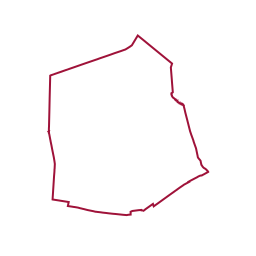 the district of Borger-Odoorn, Drenthe, Netherlands, rotated 286°
{"feature_id": "6326949B13062469247327", "entity_name": "Borger-Odoorn", "entity_type": "district", "adm_level": 2, "iso_a3": "NLD", "parent_name": "Netherlands", "parent_adm1": "Drenthe", "projection": "albers", "projection_center": [6.905, 52.899], "detail": "fine", "context": "isolated", "style": "outline", "palette": "rose", "viewbox_px": 256, "rotation_deg": 286, "n_neighbors": 0, "source": "geoboundaries", "source_scale": "gbopen_adm2", "svg_char_len": 3806}
<svg xmlns="http://www.w3.org/2000/svg" viewBox="0 0 256 256"><g transform="rotate(286 128 128)"><path d="M156.9,38.8L135.7,44.3L122.8,47.7L107.1,51.8L106.5,51.9L103.5,52.7L103.5,52.9L103.4,52.9L102.9,53.0L102.4,53.1L102.2,53.2L101.9,53.3L101.9,53.2L101.8,53.3L101.2,53.4L101.1,53.5L100.9,53.7L100.0,54.2L98.6,54.9L97.0,55.7L96.6,55.9L95.8,56.3L95.0,56.7L94.5,57.0L93.8,57.3L92.1,58.2L91.3,58.6L90.4,59.1L88.6,60.0L87.0,60.8L79.3,64.8L75.5,66.6L73.2,67.6L68.5,68.7L68.2,68.7L65.8,69.3L61.3,70.2L38.5,75.2L38.5,75.4L38.7,76.7L38.7,76.8L40.5,91.4L36.4,91.7L37.0,96.1L37.1,97.2L37.3,98.4L37.6,101.0L37.7,102.1L37.7,104.1L37.8,105.7L37.8,105.9L37.8,106.6L37.9,107.8L37.9,108.4L38.0,111.9L38.5,117.9L38.5,118.0L38.5,118.8L38.6,120.2L38.7,120.4L38.8,121.2L38.9,121.8L39.4,124.8L39.6,126.3L39.7,127.1L40.0,128.8L40.3,130.5L40.5,131.9L40.7,133.2L40.9,134.3L41.4,137.2L41.9,139.7L43.1,146.5L43.2,147.1L43.9,150.7L44.7,152.3L45.5,154.4L48.2,153.6L49.4,155.0L49.5,155.2L52.0,161.0L52.3,161.8L52.9,163.3L52.5,163.6L52.8,164.4L52.7,165.7L53.8,166.6L54.4,166.9L61.9,172.9L59.8,174.3L62.2,176.2L63.3,177.1L74.9,186.2L85.1,194.3L88.1,196.8L88.8,197.3L92.9,201.5L93.1,201.1L94.0,202.0L94.3,202.3L94.7,202.7L98.5,206.7L99.7,208.0L100.5,208.7L100.7,208.9L101.6,209.9L101.8,210.1L102.1,210.6L102.4,211.2L102.5,211.3L102.5,211.5L102.7,212.0L102.9,212.2L103.2,212.4L103.4,212.6L104.1,213.4L104.9,214.2L105.2,214.5L105.8,215.1L106.6,215.9L106.9,216.2L107.6,216.9L107.9,217.2L108.1,217.1L109.0,215.7L109.3,215.2L109.6,214.7L109.7,214.4L110.1,213.6L110.2,213.2L110.3,212.7L110.4,212.4L110.6,211.7L111.2,210.7L111.3,210.5L111.4,210.4L112.1,209.6L112.4,209.3L112.7,208.9L112.8,208.8L112.9,208.6L113.4,208.4L114.5,207.8L115.0,207.5L116.3,206.9L116.6,206.6L117.0,206.1L117.8,204.9L118.5,203.9L118.9,203.4L119.5,203.0L120.6,202.5L121.5,202.0L127.2,199.0L131.8,195.7L133.4,194.6L133.5,194.6L134.4,194.0L137.7,191.6L137.9,191.5L138.2,191.2L141.4,189.0L141.8,188.7L144.7,187.0L152.6,182.4L153.6,181.8L158.7,178.8L161.8,177.1L162.8,176.5L164.5,175.5L164.4,175.6L164.5,175.6L164.8,175.6L165.0,175.5L165.1,175.4L165.1,175.2L165.3,175.1L165.4,174.9L165.4,174.7L165.4,174.4L165.5,174.3L165.6,174.2L165.8,174.2L165.8,173.9L165.7,173.8L165.4,173.8L165.3,173.7L165.4,173.4L165.4,173.2L165.5,173.2L165.8,173.1L166.0,173.1L166.3,173.2L166.4,172.9L166.3,172.7L166.2,172.6L166.3,172.5L166.3,172.4L166.2,172.2L165.9,172.1L165.7,172.1L165.7,171.9L165.8,171.8L166.0,171.4L166.1,171.2L166.1,170.9L166.0,170.7L165.9,170.6L166.0,170.5L166.1,170.4L166.4,170.4L166.3,170.2L166.3,169.9L166.3,169.7L166.3,169.4L166.4,169.2L166.5,169.2L166.6,168.8L166.6,168.7L166.8,168.7L167.0,168.7L167.3,168.4L167.4,168.2L167.3,167.9L167.4,167.7L167.5,167.7L167.8,167.7L167.7,167.5L167.6,167.3L167.6,167.2L167.6,166.9L167.6,166.7L167.8,166.4L168.0,166.1L168.4,166.1L168.5,166.1L168.5,165.9L168.3,165.8L168.3,165.7L168.3,165.4L168.5,165.3L168.8,165.2L169.0,164.6L169.1,164.4L169.2,164.2L169.3,163.7L169.5,163.5L169.5,163.4L169.5,163.2L169.7,162.9L169.8,162.8L169.8,162.7L170.0,162.4L170.1,162.2L170.4,161.9L170.6,161.7L170.9,161.4L171.0,161.4L171.4,161.2L171.5,161.2L171.6,160.9L171.9,160.7L172.1,160.7L172.4,160.5L172.5,160.4L172.8,160.5L173.0,160.5L173.1,160.4L173.3,160.3L173.4,160.2L174.0,160.7L174.6,161.2L175.3,161.0L184.6,157.5L186.0,157.0L187.6,156.4L194.8,153.7L198.0,152.5L202.1,152.6L213.7,125.6L219.6,111.9L208.5,108.9L207.3,107.9L207.1,107.7L206.6,107.4L206.3,107.1L205.9,106.7L205.5,106.4L205.3,106.2L204.9,105.8L204.7,105.7L204.1,105.1L202.8,103.9L202.7,103.8L202.1,102.9L199.8,99.7L199.4,99.1L196.1,94.3L194.8,92.5L193.5,90.7L190.9,87.0L190.0,85.7L188.4,83.4L187.3,81.8L186.5,80.7L186.3,80.4L186.1,80.2L185.6,79.5L185.4,79.2L185.2,78.9L180.4,72.0L176.2,66.0L174.0,62.9L165.7,51.1L157.4,39.3L156.9,38.8Z" fill="none" stroke="#9f1239" stroke-width="2"/></g></svg>